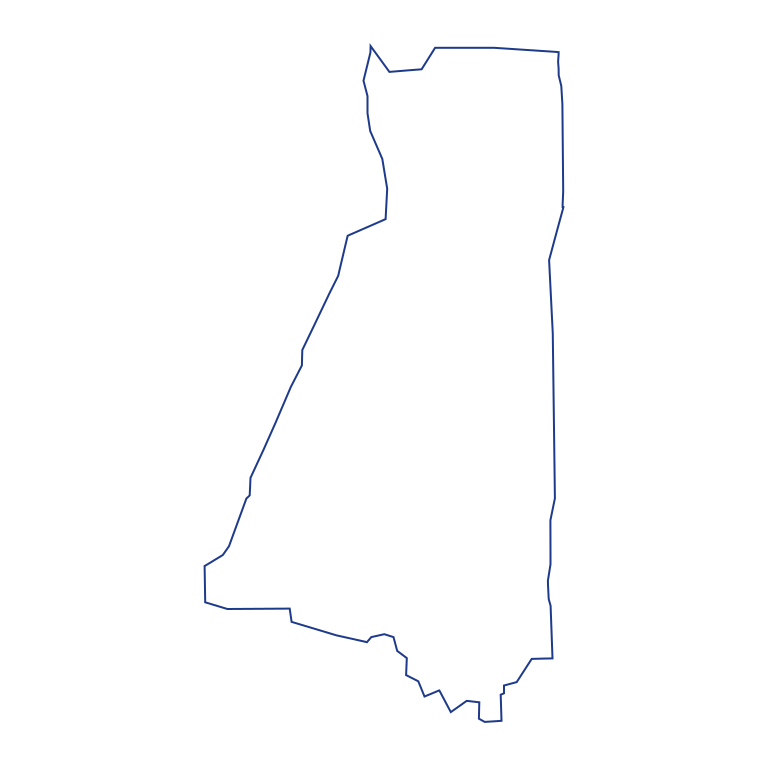 the district of Baherden, Ahal, Turkmenistan
{"feature_id": "10190150B40000077655635", "entity_name": "Baherden", "entity_type": "district", "adm_level": 2, "iso_a3": "TKM", "parent_name": "Turkmenistan", "parent_adm1": "Ahal", "projection": "natural_earth1", "projection_center": [57.355, 39.019], "detail": "fine", "context": "isolated", "style": "outline", "palette": "blue", "viewbox_px": 768, "rotation_deg": 0, "n_neighbors": 0, "source": "geoboundaries", "source_scale": "gbopen_adm2", "svg_char_len": 1544}
<svg xmlns="http://www.w3.org/2000/svg" viewBox="0 0 768 768"><path d="M370.6,46.1L370.6,46.4L370.4,52.6L365.4,72.9L363.5,80.7L367.5,96.1L367.5,98.0L367.5,100.8L367.5,113.2L370.2,131.0L380.4,154.5L381.1,156.2L382.3,158.9L387.2,188.7L386.2,207.7L385.6,219.1L347.7,235.7L347.3,237.2L340.2,267.2L338.2,275.8L338.0,276.2L329.4,293.4L313.2,327.4L302.3,350.0L302.1,357.1L301.9,365.4L290.9,386.8L275.3,423.3L263.5,449.8L251.4,475.9L250.5,477.8L250.1,486.9L249.7,495.4L247.6,497.4L246.4,498.5L229.0,546.2L224.1,553.2L222.8,555.0L204.9,565.9L204.6,566.0L204.8,577.7L205.2,601.7L205.2,602.3L227.4,609.0L289.7,608.6L291.6,621.9L336.3,635.3L366.7,642.1L366.9,642.2L371.3,637.1L384.3,634.2L393.5,637.1L397.2,650.9L406.8,658.1L406.1,675.1L418.3,681.3L424.5,696.5L431.1,693.8L439.2,690.4L439.3,690.4L440.5,692.6L450.8,712.1L465.5,701.7L466.7,700.9L467.1,700.9L479.3,702.3L478.9,718.7L484.5,721.8L484.8,721.9L496.0,721.2L501.5,720.8L500.7,694.7L504.0,693.3L504.0,686.0L504.0,685.5L516.7,682.1L531.3,659.5L531.7,658.9L542.8,658.6L552.5,658.4L550.6,605.8L549.3,601.2L548.8,599.5L548.6,597.3L548.0,584.6L547.9,580.7L550.5,564.3L550.5,555.7L550.4,520.3L550.7,518.8L554.9,498.4L554.2,443.6L552.8,335.7L552.8,334.0L549.1,260.1L552.4,247.8L557.2,230.0L563.4,207.3L563.4,207.0L562.6,207.0L562.6,205.2L563.2,191.3L562.4,105.2L562.4,104.4L561.3,86.2L561.2,85.6L558.7,75.3L558.6,68.5L558.1,61.9L558.6,54.2L558.6,52.1L553.1,51.7L494.2,47.8L475.3,47.8L435.1,47.8L421.6,69.3L407.5,70.4L389.4,71.9L375.3,52.5L370.6,46.1Z" fill="none" stroke="#1e3a8a" stroke-width="2"/></svg>